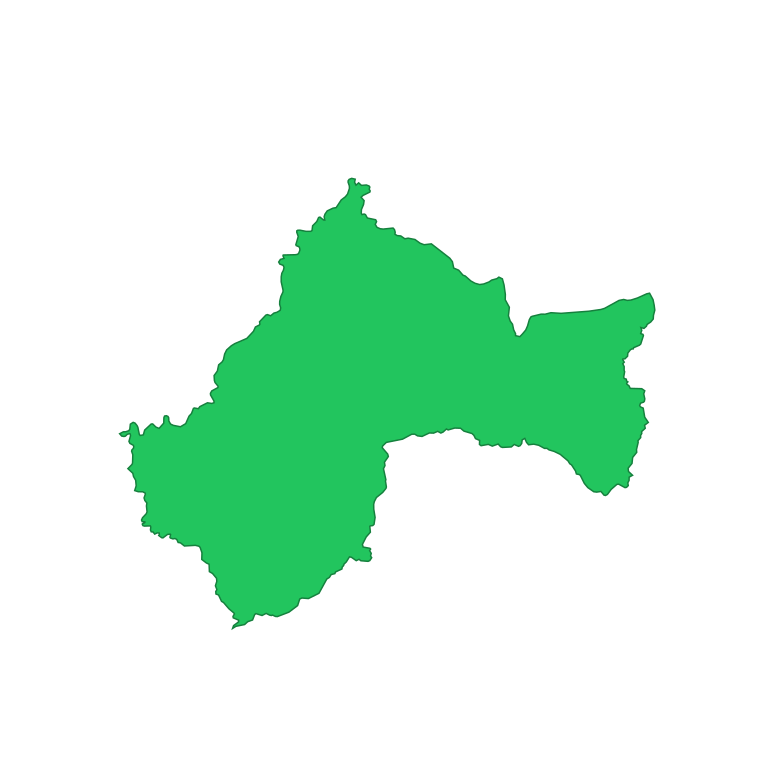 the district of Muzo, Boyacá, Colombia, rotated 244°
{"feature_id": "7082276B18925314356411", "entity_name": "Muzo", "entity_type": "district", "adm_level": 2, "iso_a3": "COL", "parent_name": "Colombia", "parent_adm1": "Boyacá", "projection": "mercator", "projection_center": [-74.135, 5.519], "detail": "fine", "context": "isolated", "style": "filled", "palette": "green", "viewbox_px": 768, "rotation_deg": 244, "n_neighbors": 0, "source": "geoboundaries", "source_scale": "gbopen_adm2", "svg_char_len": 6171}
<svg xmlns="http://www.w3.org/2000/svg" viewBox="0 0 768 768"><g transform="rotate(244 384 384)"><path d="M583.2,442.4L582.4,440.9L581.2,440.2L577.3,439.7L575.0,438.7L570.7,434.5L569.2,431.3L568.2,426.3L563.5,418.3L564.4,415.3L564.5,408.9L562.6,405.5L560.7,403.6L557.3,402.6L558.0,401.5L562.1,399.6L562.3,398.2L559.5,394.8L557.5,389.2L553.5,386.6L553.3,385.2L555.4,380.8L559.1,375.9L560.0,373.9L559.9,372.8L558.6,372.1L554.2,371.6L547.8,365.8L546.8,365.8L544.7,367.7L543.2,367.8L541.3,367.2L539.1,364.9L538.4,363.2L539.1,360.9L544.1,350.0L543.5,349.4L540.7,349.2L541.4,345.5L539.8,342.8L537.5,342.9L534.8,345.4L532.5,345.2L530.3,343.4L528.3,340.7L525.4,338.6L520.9,336.4L512.6,334.4L511.0,333.5L507.9,329.7L504.0,326.5L501.3,325.1L497.7,324.5L495.7,323.0L495.4,319.2L496.0,316.1L495.0,312.1L497.5,309.6L497.7,308.0L494.5,299.4L492.2,298.7L491.7,297.9L491.6,293.4L488.6,289.8L485.1,280.7L485.7,267.6L485.3,263.5L483.6,257.5L480.8,253.9L476.2,250.3L474.8,248.1L473.7,243.8L468.7,239.9L466.1,235.0L461.5,233.1L459.4,232.8L454.7,233.9L453.6,233.2L453.3,226.2L451.7,223.9L450.2,223.3L443.2,223.7L441.7,223.0L442.0,220.7L444.5,217.1L444.4,208.6L443.2,206.3L445.6,203.0L445.6,202.0L441.9,198.1L440.6,194.7L435.3,188.4L434.8,182.3L439.2,176.5L441.6,174.6L445.0,174.4L448.1,175.7L449.6,175.6L450.9,174.5L451.4,172.7L450.2,171.4L445.4,168.9L442.7,162.4L445.3,160.1L449.5,158.6L450.1,157.2L447.5,148.7L443.8,145.4L444.6,142.3L446.1,142.0L453.0,143.8L455.0,143.8L458.0,143.1L459.5,141.7L459.1,138.4L454.8,135.7L453.9,134.1L454.3,131.0L455.3,128.7L455.2,124.6L452.2,125.4L450.8,127.3L450.5,128.8L451.3,131.1L451.0,133.3L450.3,134.0L448.6,133.5L444.2,129.6L442.0,129.6L439.0,131.7L437.8,131.8L436.1,130.7L435.3,128.6L434.3,127.7L430.5,127.2L423.3,123.4L422.2,122.3L420.2,116.7L413.9,119.1L410.6,118.3L406.3,118.6L401.1,116.6L397.5,113.2L394.9,115.9L392.9,119.9L390.7,121.5L389.6,121.2L386.8,118.4L384.1,118.0L381.0,118.7L378.5,117.0L373.0,115.0L371.6,113.4L369.7,108.4L368.0,106.4L366.3,106.3L365.0,108.6L364.3,108.3L364.2,105.5L363.6,105.2L362.3,105.3L361.3,106.4L358.9,111.8L357.7,111.7L355.2,110.1L353.2,110.0L352.2,111.6L349.6,112.1L349.6,114.9L348.6,116.6L347.2,116.1L346.6,115.1L343.3,116.8L342.6,117.9L343.7,123.5L342.8,126.0L342.2,126.2L340.1,124.4L339.2,124.5L337.3,126.4L336.8,128.3L336.0,129.0L334.9,129.6L331.8,129.5L330.5,131.4L325.9,133.6L321.7,143.7L319.4,146.5L317.8,147.1L312.1,146.4L306.2,143.3L301.0,145.9L298.7,147.8L291.9,144.8L288.9,146.8L282.8,148.3L279.9,147.2L276.5,144.0L272.5,143.7L271.2,141.8L268.9,140.9L266.9,142.8L259.9,142.7L257.9,144.0L249.9,146.1L244.0,148.7L242.9,148.7L241.3,146.4L239.9,146.0L235.5,149.8L233.9,148.9L232.8,142.9L230.7,140.8L231.1,144.7L228.9,153.3L230.1,157.3L229.5,162.4L233.4,166.6L233.8,168.2L229.4,172.9L229.5,177.5L226.4,179.9L225.3,181.3L225.2,182.5L222.7,184.5L221.7,186.2L220.6,198.5L222.7,209.2L227.7,214.0L227.6,216.4L224.3,222.0L224.4,233.8L233.8,247.1L234.1,250.1L235.9,253.0L235.1,256.7L236.3,258.0L236.2,265.1L237.8,266.2L238.5,268.1L239.6,269.0L240.6,272.1L243.8,277.2L242.5,278.8L237.4,281.6L237.4,284.7L235.3,285.7L231.6,291.9L231.5,293.8L233.3,296.8L235.3,296.5L237.4,298.3L240.5,298.0L241.5,299.6L242.5,299.3L246.6,293.8L249.3,294.3L254.3,300.9L256.8,306.8L262.2,308.8L262.5,309.4L261.7,311.8L262.2,313.5L268.0,317.5L275.9,319.9L280.4,322.0L282.5,323.7L285.3,327.4L287.1,335.3L289.3,340.0L290.4,341.0L296.2,342.8L297.1,343.7L308.1,346.4L310.2,349.1L313.5,350.1L316.9,356.1L319.4,356.6L327.5,354.5L328.9,355.6L330.5,360.5L326.3,376.5L326.7,386.9L325.5,389.6L322.7,391.4L320.2,395.2L320.1,403.3L318.1,407.1L317.9,411.5L315.0,413.6L314.9,416.0L316.2,420.4L314.6,421.5L313.4,428.3L310.7,433.4L306.6,435.2L300.9,441.4L298.4,442.3L294.8,442.3L291.4,445.2L287.8,443.3L286.0,444.2L284.0,451.3L280.7,454.1L280.0,460.3L276.5,461.3L275.1,462.6L271.6,470.9L272.6,474.5L269.0,477.6L268.9,479.3L270.2,481.7L273.2,483.7L273.4,486.7L269.1,486.5L266.0,487.3L264.3,492.2L261.1,496.2L255.8,500.0L254.7,502.3L252.5,503.4L248.8,507.4L243.6,511.5L234.2,515.7L230.9,516.0L229.1,517.1L221.9,518.0L218.8,517.5L216.9,519.9L215.7,520.4L206.8,520.5L201.5,521.8L195.2,525.3L193.6,527.8L192.3,531.9L187.7,533.0L186.7,534.2L186.8,536.4L189.7,542.0L191.7,549.4L191.1,551.0L185.2,555.2L184.8,556.7L185.6,559.0L188.3,559.8L189.9,562.0L192.8,563.5L193.0,567.4L198.2,565.4L201.3,566.5L203.9,572.1L209.0,575.3L211.8,581.2L214.4,582.2L220.0,586.8L221.7,587.4L223.3,591.2L225.3,592.1L226.5,594.0L228.3,594.7L229.7,599.4L232.7,600.1L233.6,604.7L239.9,603.8L248.7,606.4L251.1,604.4L252.7,604.4L254.3,606.2L253.9,609.4L254.4,610.5L256.3,611.9L261.3,613.1L263.6,615.4L266.8,613.6L272.1,603.4L275.1,603.4L277.3,602.2L278.3,602.4L279.0,604.1L280.5,603.3L282.1,603.9L283.7,602.3L285.2,602.5L289.6,605.7L291.0,605.8L294.4,607.5L297.6,607.5L298.3,609.5L301.2,609.2L301.8,609.8L301.0,611.6L302.2,615.1L304.9,616.7L306.7,620.3L306.9,622.0L306.3,623.4L307.2,624.2L306.9,630.6L307.4,632.3L313.8,638.4L315.1,638.5L316.8,636.8L319.2,639.2L322.2,639.6L320.0,642.0L320.9,645.2L322.2,646.6L322.8,650.9L324.4,654.5L327.6,656.3L331.7,659.8L336.5,661.4L341.9,662.8L349.2,662.5L349.9,659.6L350.2,649.5L351.2,642.7L352.5,639.3L354.9,636.5L356.1,631.9L355.3,615.4L355.9,611.6L359.6,600.1L369.9,574.1L374.9,565.3L376.1,559.4L377.9,555.9L379.9,546.8L379.9,545.4L378.1,542.8L373.3,538.5L370.4,535.1L368.3,530.4L367.0,526.9L369.8,523.4L371.6,524.3L375.8,524.3L381.4,525.7L385.3,525.0L390.7,525.7L398.0,530.3L406.6,529.9L411.2,532.3L420.4,535.3L426.6,536.5L429.7,534.1L429.2,531.6L430.2,526.3L429.7,523.1L430.2,517.4L431.5,513.5L434.7,509.9L438.6,507.2L445.4,504.4L447.2,502.7L453.6,501.0L457.6,497.5L464.0,499.1L468.2,498.3L489.2,488.0L491.6,481.1L494.8,478.1L500.3,475.2L504.5,469.6L505.4,466.4L509.7,464.0L511.7,460.8L513.9,459.5L515.5,460.6L518.2,461.1L520.2,460.5L523.6,451.2L525.2,448.7L527.8,446.4L531.3,446.1L533.2,448.5L535.3,448.5L540.5,441.8L544.4,441.6L545.5,440.6L545.9,438.5L547.6,438.5L550.7,440.2L554.3,444.3L557.5,446.5L561.9,445.3L562.7,447.8L562.7,455.4L563.6,456.2L565.6,456.1L567.2,457.6L568.5,457.4L570.6,455.4L572.4,450.8L575.9,449.4L575.0,446.0L578.2,446.0L580.7,447.9L583.0,445.1L583.2,442.4Z" fill="#22c55e" stroke="#15803d" stroke-width="1.5"/></g></svg>